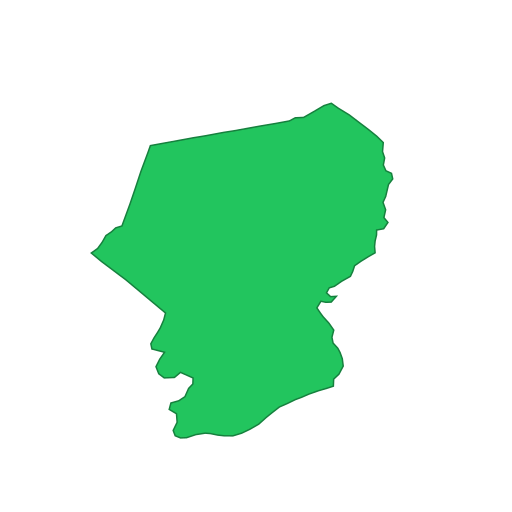 Jaboatão dos Guararapes, Pernambuco, Brazil, rotated 55°
{"feature_id": "56859067B18632556721053", "entity_name": "Jaboatão dos Guararapes", "entity_type": "district", "adm_level": 2, "iso_a3": "BRA", "parent_name": "Brazil", "parent_adm1": "Pernambuco", "projection": "robinson", "projection_center": [-34.985, -8.149], "detail": "fine", "context": "isolated", "style": "filled", "palette": "green", "viewbox_px": 512, "rotation_deg": 55, "n_neighbors": 0, "source": "geoboundaries", "source_scale": "gbopen_adm2", "svg_char_len": 1707}
<svg xmlns="http://www.w3.org/2000/svg" viewBox="0 0 512 512"><g transform="rotate(55 256 256)"><path d="M375.3,395.2L380.8,390.0L385.1,385.1L390.1,378.0L392.9,369.4L394.4,360.4L395.3,350.1L394.1,340.3L393.6,333.2L393.1,323.3L394.8,314.9L396.2,306.1L397.9,299.6L399.4,292.1L402.2,282.1L405.2,273.2L407.0,267.3L401.4,263.0L400.4,255.9L396.2,247.7L389.6,244.2L383.3,242.5L378.5,241.9L371.5,242.8L366.1,240.4L361.3,234.8L352.9,234.8L344.1,235.9L339.4,236.0L333.4,235.9L330.3,228.8L334.0,225.3L336.9,220.8L335.1,213.3L332.1,218.2L326.6,219.4L324.1,214.3L325.8,209.1L325.8,200.5L326.8,190.3L324.1,185.6L320.5,180.8L320.5,172.8L321.0,164.0L321.7,156.6L316.2,153.4L312.0,149.8L307.9,145.2L303.9,142.3L306.9,135.8L304.2,128.7L297.9,129.2L292.5,123.3L284.9,121.2L281.6,115.6L277.4,110.9L273.4,106.4L271.3,99.8L266.0,97.6L260.7,100.7L254.5,99.5L249.5,94.4L243.1,92.5L236.1,86.7L227.1,88.4L219.1,90.7L212.6,92.7L206.5,94.7L193.9,98.7L182.2,103.8L174.1,106.7L171.8,114.0L170.8,126.6L169.8,137.5L165.3,144.6L164.5,151.2L158.8,163.7L151.7,178.6L140.5,202.9L136.2,211.6L128.8,227.9L125.9,234.0L123.3,239.3L120.4,245.7L105.0,279.2L109.3,285.2L120.6,301.6L132.0,316.9L141.2,329.5L154.5,348.6L152.5,354.8L153.3,360.4L153.2,367.2L156.5,374.1L159.0,381.4L159.1,389.2L171.9,385.7L193.7,378.6L200.7,376.3L250.8,362.8L255.5,368.3L260.0,375.7L262.3,380.8L264.5,386.3L267.6,392.5L272.5,394.6L282.4,386.1L285.3,394.0L289.3,401.4L296.7,403.2L303.2,401.1L308.7,392.5L308.0,384.6L319.8,377.5L324.6,381.1L325.8,387.1L330.5,394.9L330.3,402.3L327.6,410.0L331.9,415.1L339.6,411.6L347.0,416.0L351.4,423.9L356.9,425.3L361.7,422.2L365.0,417.1L367.8,407.7L372.0,399.2L375.3,395.2Z" fill="#22c55e" stroke="#15803d" stroke-width="1.5"/></g></svg>